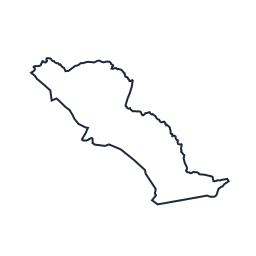 outline of San Francisco Cajonos, Oaxaca, Mexico, rotated 219°
{"feature_id": "50627088B63866819787675", "entity_name": "San Francisco Cajonos", "entity_type": "district", "adm_level": 2, "iso_a3": "MEX", "parent_name": "Mexico", "parent_adm1": "Oaxaca", "projection": "robinson", "projection_center": [-96.262, 17.18], "detail": "fine", "context": "isolated", "style": "outline", "palette": "slate", "viewbox_px": 256, "rotation_deg": 219, "n_neighbors": 0, "source": "geoboundaries", "source_scale": "gbopen_adm2", "svg_char_len": 5349}
<svg xmlns="http://www.w3.org/2000/svg" viewBox="0 0 256 256"><g transform="rotate(219 128 128)"><path d="M169.1,100.0L161.5,101.7L159.2,102.9L158.6,100.2L157.9,98.5L157.9,98.4L156.7,90.5L155.9,89.9L155.6,90.2L154.6,90.3L154.3,90.4L153.7,91.1L153.2,91.5L152.5,92.1L152.2,92.4L152.1,92.6L152.0,93.0L151.7,93.3L151.3,94.2L151.2,94.4L151.3,95.2L151.1,95.4L150.5,96.2L150.1,97.2L149.9,97.2L149.6,97.4L149.3,97.4L148.9,97.4L148.1,96.6L146.0,94.0L145.4,94.3L143.7,94.0L134.6,99.6L132.4,103.3L120.3,106.8L103.0,106.9L88.2,106.0L85.6,103.6L68.0,98.0L65.9,94.0L63.9,93.4L63.8,87.0L56.9,87.3L27.9,120.7L24.0,125.3L23.2,125.5L22.1,125.9L20.7,126.4L19.6,127.2L18.9,127.9L17.7,128.9L17.0,130.9L17.6,133.3L18.4,135.0L19.4,137.8L18.7,140.3L17.8,142.3L17.8,145.3L17.2,146.9L16.3,150.0L18.8,150.9L19.8,149.9L21.0,148.3L22.1,147.4L23.3,145.4L24.6,144.3L25.7,143.5L26.0,142.8L26.3,142.3L26.7,141.6L27.2,141.1L27.9,140.7L28.3,140.5L29.1,141.3L29.6,141.7L30.5,142.3L31.3,143.0L31.7,143.3L31.8,143.3L33.3,142.6L33.9,142.5L34.2,142.2L34.7,142.0L36.7,141.0L38.6,140.1L39.8,139.4L41.5,138.3L42.8,137.3L43.7,136.9L44.5,137.2L44.9,137.4L45.9,137.0L46.6,137.0L47.9,136.0L48.4,135.5L49.0,135.3L49.4,135.2L49.8,134.3L50.0,133.6L50.2,133.1L50.5,132.7L51.0,132.3L51.3,132.1L51.7,132.1L52.2,132.2L52.7,131.9L53.2,131.5L53.6,131.2L54.1,131.0L54.7,130.9L55.3,131.1L55.7,131.2L56.1,131.6L56.3,132.1L56.2,132.4L56.3,133.1L56.4,133.3L56.8,133.8L57.2,134.3L57.7,134.5L58.3,134.9L58.9,135.3L59.5,135.5L59.9,135.6L60.4,135.9L61.1,136.2L61.6,136.4L62.0,136.5L62.3,136.9L62.7,137.3L63.3,137.6L64.3,138.4L64.8,138.8L65.5,139.2L65.9,139.8L66.3,140.8L66.7,141.7L67.1,142.2L67.6,142.4L68.0,142.2L68.7,142.3L69.3,142.6L70.1,142.8L70.8,142.7L71.2,142.7L71.9,143.1L72.1,143.5L72.0,143.9L72.3,144.3L73.0,144.7L73.9,145.4L74.4,146.4L74.8,147.3L75.6,148.5L75.9,148.9L76.3,149.0L77.1,148.0L77.7,147.6L78.3,147.3L78.8,147.1L79.2,147.3L80.2,147.8L80.5,148.1L81.0,149.1L81.5,149.7L81.8,149.8L82.4,149.4L83.0,149.5L84.2,149.8L84.8,150.3L85.2,150.6L85.4,151.1L85.7,151.4L86.7,151.3L87.7,150.9L88.0,150.4L88.1,149.9L88.3,149.5L88.6,149.5L89.2,150.5L89.7,151.1L90.0,151.0L91.2,150.5L91.5,150.6L92.0,151.3L93.0,152.5L93.6,153.0L94.2,153.2L94.9,153.7L95.5,154.5L96.2,154.8L97.1,154.8L98.0,155.0L99.2,154.8L99.9,154.2L100.4,154.9L101.0,154.5L101.6,154.6L102.0,154.8L102.5,155.5L103.9,155.7L104.3,155.4L104.6,154.7L104.9,154.1L105.7,153.4L107.0,153.2L107.4,153.3L108.0,153.7L109.0,154.0L109.8,153.7L110.5,153.5L111.7,153.6L112.5,153.8L113.1,154.0L114.0,154.5L116.7,154.2L117.1,154.4L117.7,154.3L118.3,153.4L119.4,153.3L120.1,153.4L120.6,153.6L121.1,153.9L121.5,153.7L122.2,152.2L122.9,151.6L123.8,150.5L123.7,149.3L124.0,148.3L124.3,147.3L125.3,147.0L128.3,148.5L128.8,148.3L129.4,148.1L129.6,148.0L130.1,147.7L130.4,147.5L130.9,147.2L131.3,146.6L132.0,146.1L132.7,145.8L133.2,145.5L133.6,145.1L134.0,144.7L134.4,144.4L134.8,144.0L135.0,144.0L136.3,144.1L136.6,144.0L136.9,144.1L137.7,144.1L138.4,144.2L138.9,144.2L139.0,144.4L139.2,144.1L139.4,143.8L139.6,143.6L140.0,143.3L140.3,143.2L141.1,143.2L141.5,143.1L141.9,143.2L142.2,143.6L142.4,143.7L142.7,143.7L143.1,143.5L143.5,143.5L143.8,143.7L144.4,144.6L146.9,150.7L148.5,156.0L151.1,162.6L153.8,167.0L154.0,167.7L154.4,167.8L154.8,167.9L155.1,167.3L155.2,166.8L155.4,166.4L156.0,165.7L156.3,165.5L156.5,165.5L156.7,165.9L157.6,166.1L158.3,166.1L158.7,166.3L158.9,166.6L159.7,166.6L160.2,166.9L160.5,167.0L160.8,166.9L160.9,166.7L161.8,166.4L162.0,166.3L162.3,166.5L162.6,166.6L162.9,166.6L163.1,166.7L163.5,167.0L163.7,167.3L163.9,167.5L164.2,167.7L164.4,167.6L164.6,167.7L164.9,167.9L165.2,168.4L165.5,168.3L166.1,168.3L166.5,168.3L166.9,168.6L167.3,168.7L167.9,168.8L169.9,169.0L172.7,167.8L173.1,167.0L174.7,167.2L175.5,166.5L176.0,166.2L176.3,165.5L177.2,164.3L178.0,163.9L178.0,164.6L178.9,165.3L178.6,167.0L179.2,167.4L181.6,167.1L182.1,167.7L184.2,167.9L185.2,166.9L186.1,166.6L188.2,163.7L189.1,163.3L189.5,163.2L190.2,162.8L190.7,162.7L191.2,162.6L192.0,162.5L193.4,161.8L194.3,160.4L195.4,157.8L200.7,154.3L202.4,152.2L203.5,150.3L205.5,148.8L206.2,145.5L208.2,142.8L210.1,135.1L211.6,133.6L212.3,132.8L215.4,134.4L217.3,134.0L220.7,134.8L220.9,134.1L221.4,134.0L223.0,134.4L224.0,133.5L226.6,133.0L227.8,133.4L228.1,133.1L228.3,132.9L228.6,132.8L228.9,132.8L229.2,132.7L229.8,132.7L230.2,132.7L230.8,133.0L231.0,133.1L231.6,133.3L231.9,133.3L232.1,133.2L233.6,132.2L233.8,132.0L234.1,132.0L234.5,131.7L234.9,131.2L235.0,130.9L235.0,130.6L234.7,130.1L234.3,129.6L233.9,129.4L233.7,129.2L233.5,129.4L233.3,129.4L233.2,129.3L233.1,128.9L233.1,128.5L233.1,127.7L233.2,127.2L233.3,127.0L233.6,126.8L234.0,126.7L234.9,126.4L235.3,126.5L236.5,126.2L236.6,125.8L236.2,125.3L235.9,125.1L236.0,124.9L235.9,124.0L235.9,123.6L235.9,123.3L235.7,123.0L235.5,122.6L235.4,122.1L235.4,121.7L235.6,121.2L235.7,120.9L235.9,120.5L236.3,120.3L236.6,119.9L236.8,119.5L237.0,119.3L238.9,117.8L239.4,117.4L239.6,117.0L239.7,116.6L239.7,116.3L239.7,115.9L239.4,115.8L239.0,115.9L238.3,115.8L238.0,115.6L237.7,115.4L237.4,115.1L237.1,114.6L237.0,114.0L237.1,113.3L237.3,112.1L237.5,111.6L237.7,111.2L238.0,109.9L233.2,110.0L229.8,108.9L219.0,108.7L216.3,108.5L212.0,108.3L204.6,101.3L202.6,105.1L202.1,106.0L197.3,105.7L190.1,105.0L186.9,105.1L186.4,105.1L185.4,105.1L185.0,105.3L179.2,103.2L175.4,101.4L169.1,100.0Z" fill="none" stroke="#1e293b" stroke-width="2"/></g></svg>